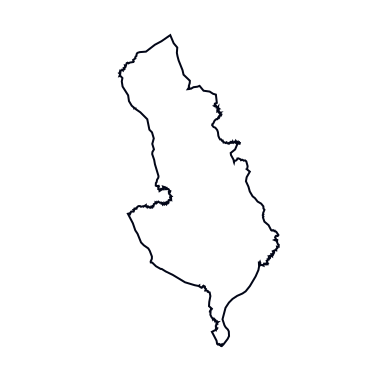 the district of Phon Sawan, Nakhon Phanom, Thailand, rotated 71°
{"feature_id": "78962969B77230188112326", "entity_name": "Phon Sawan", "entity_type": "district", "adm_level": 2, "iso_a3": "THA", "parent_name": "Thailand", "parent_adm1": "Nakhon Phanom", "projection": "orthographic", "projection_center": [104.429, 17.459], "detail": "fine", "context": "isolated", "style": "outline", "palette": "ink", "viewbox_px": 384, "rotation_deg": 71, "n_neighbors": 0, "source": "geoboundaries", "source_scale": "gbopen_adm2", "svg_char_len": 6100}
<svg xmlns="http://www.w3.org/2000/svg" viewBox="0 0 384 384"><g transform="rotate(71 192 192)"><path d="M191.7,259.7L202.3,258.1L209.8,258.1L213.7,257.1L223.1,256.6L226.7,254.9L231.1,251.7L233.9,251.1L239.9,250.9L242.1,251.7L244.2,253.7L245.2,253.9L245.8,252.6L250.5,250.2L254.5,246.7L254.9,245.7L258.6,242.7L264.2,237.1L275.1,228.0L281.0,219.8L283.0,216.4L282.8,215.6L283.6,215.9L285.4,214.4L285.2,213.7L285.6,213.8L285.6,213.0L284.7,212.3L285.3,211.5L284.8,211.3L285.6,210.6L287.2,211.0L288.2,210.4L289.5,211.5L290.2,209.9L291.0,209.2L291.6,209.5L292.7,208.0L296.4,208.5L301.6,211.5L305.5,213.1L308.9,211.2L309.3,211.7L309.0,212.3L310.4,213.1L310.4,213.7L311.0,214.1L311.6,213.6L314.1,214.6L317.3,214.2L318.2,213.4L318.8,213.6L318.8,213.1L319.4,213.3L319.2,212.8L320.0,212.6L320.3,212.2L319.9,212.0L320.7,211.6L321.3,212.3L322.2,212.2L322.3,210.6L323.3,210.7L323.5,209.9L323.9,210.9L325.0,211.0L324.9,212.1L325.9,212.4L326.5,213.2L328.9,212.9L329.1,212.5L329.6,212.9L329.8,213.6L329.3,214.0L330.4,214.4L330.1,214.7L330.7,218.7L340.6,217.2L343.6,217.7L343.8,217.2L344.5,217.2L344.6,216.1L345.1,216.3L345.8,215.6L345.6,214.5L346.4,214.6L346.2,213.8L347.2,214.4L347.4,214.1L346.3,211.8L342.5,206.1L340.3,203.9L335.8,202.6L333.7,202.9L331.0,204.2L328.7,204.7L322.3,204.6L312.4,198.0L308.6,193.1L306.3,188.5L304.9,183.1L304.4,177.3L303.4,173.6L299.8,167.9L292.5,159.3L287.4,154.6L284.2,152.8L280.4,151.7L280.7,150.9L280.3,150.5L281.3,150.5L281.7,151.1L283.5,151.0L283.4,150.3L284.5,148.9L284.0,149.0L284.2,148.0L283.7,147.6L284.0,146.9L283.3,146.9L283.7,145.5L284.7,145.2L284.9,144.4L284.4,144.5L284.3,143.8L283.4,144.4L282.9,143.5L281.4,143.8L281.0,142.4L280.3,142.3L280.7,141.3L279.2,140.8L279.9,140.5L280.0,139.9L278.2,138.7L278.2,138.2L277.7,138.9L277.7,138.0L278.5,137.4L276.7,137.2L277.4,136.0L276.8,135.8L277.0,135.3L276.1,135.0L276.2,134.2L275.5,133.9L275.3,134.7L274.3,134.9L274.0,131.8L274.5,131.3L273.2,130.8L272.8,129.6L271.3,129.4L272.0,127.9L270.1,127.2L269.3,127.8L266.9,127.9L265.1,127.0L264.7,127.5L265.3,128.5L264.2,129.7L264.1,128.6L263.0,127.9L261.9,128.2L261.0,127.3L260.8,126.7L261.5,125.3L260.8,124.3L257.0,125.3L256.1,126.6L255.5,126.4L255.1,127.4L254.4,127.8L254.6,128.9L253.8,129.6L248.3,130.4L243.6,133.2L239.2,133.2L238.6,132.5L237.5,132.8L236.7,132.5L236.5,131.8L235.2,131.7L232.4,129.3L230.9,129.8L228.8,129.2L225.5,130.4L222.4,133.1L218.3,134.5L215.8,136.1L210.3,137.2L205.3,136.9L199.4,137.5L195.8,135.5L191.6,130.7L188.2,132.8L188.1,132.3L185.7,131.0L180.7,130.7L179.4,131.5L179.2,132.9L178.0,133.7L177.9,135.3L177.1,135.3L175.3,137.2L175.1,138.2L175.9,138.7L176.6,140.3L176.4,141.8L177.7,142.6L177.3,142.6L175.0,142.2L169.8,143.1L167.7,142.7L165.8,137.4L161.3,133.4L161.1,132.8L161.9,131.3L161.2,130.8L160.7,131.6L160.2,131.4L160.0,132.5L159.4,132.4L159.7,133.4L158.1,133.9L158.7,134.3L158.5,134.8L159.4,134.9L158.7,135.4L158.9,136.8L157.8,137.0L158.6,137.5L157.6,138.3L157.9,138.7L158.3,138.5L158.3,139.0L157.3,139.5L158.0,140.5L157.7,141.1L158.3,141.5L157.4,142.8L156.3,143.1L156.6,144.3L155.7,145.0L155.5,146.1L153.4,146.2L153.4,146.9L151.8,147.3L151.5,148.3L149.6,148.7L147.5,148.8L143.9,148.0L141.6,148.0L138.8,149.0L137.5,150.5L135.4,151.2L134.5,150.7L134.3,149.8L131.8,147.3L131.0,145.2L131.4,144.3L130.5,143.3L130.9,142.6L130.6,142.2L129.9,142.7L129.0,141.6L129.2,139.9L128.5,139.7L128.1,138.9L127.5,139.0L127.8,139.1L127.2,139.6L127.4,140.2L126.5,140.3L126.2,139.4L126.0,140.2L125.5,140.1L125.4,140.6L124.1,140.3L124.2,141.9L123.3,141.6L123.5,141.0L122.8,141.0L122.5,140.1L121.8,140.7L121.2,140.1L121.4,139.6L120.7,140.0L120.1,139.7L120.5,140.3L120.2,141.1L119.7,140.8L119.0,141.3L119.3,142.3L119.0,142.0L117.9,142.9L117.9,142.2L117.2,142.1L117.3,141.5L116.3,141.9L115.9,141.6L115.8,139.5L107.7,137.7L106.0,140.1L102.8,142.6L100.0,148.1L94.1,150.3L94.2,152.6L93.4,156.5L94.0,159.3L93.5,160.3L93.8,160.7L93.4,162.5L91.8,160.5L90.9,160.6L88.3,158.7L86.1,157.8L78.3,161.8L73.7,161.3L63.3,161.8L58.9,161.5L55.5,161.0L50.6,158.9L45.4,160.9L36.6,161.5L39.5,171.8L40.7,179.2L44.3,189.8L42.7,196.0L42.7,198.3L43.5,199.4L45.3,200.3L45.5,201.1L46.3,201.9L47.2,202.0L48.0,204.7L49.6,204.6L50.0,205.1L49.4,208.5L49.7,210.1L48.8,210.7L48.9,211.8L51.2,213.5L50.6,214.2L52.2,214.4L52.5,216.1L53.7,215.7L54.1,216.6L53.7,217.9L54.3,218.0L53.8,218.4L54.1,219.9L53.8,220.3L54.7,220.9L55.0,220.5L55.9,220.9L56.0,222.1L57.2,221.5L58.8,222.9L58.9,221.9L61.6,220.7L64.6,222.4L69.7,223.3L79.8,220.9L85.5,222.0L90.8,220.9L93.5,219.3L94.2,219.5L94.6,218.1L95.5,218.1L99.8,214.9L108.6,210.6L119.2,212.0L122.6,210.4L128.9,210.7L133.6,213.9L139.3,214.1L141.3,216.4L143.2,217.3L149.2,217.3L153.7,218.0L166.1,218.5L167.5,219.2L169.1,221.1L171.2,222.3L171.7,223.2L174.2,224.2L174.8,223.7L175.3,221.5L176.1,221.5L177.0,222.6L177.7,222.4L178.2,222.9L179.0,222.1L180.5,222.4L180.1,220.8L179.3,221.0L179.0,220.4L179.6,220.0L179.2,219.0L179.9,218.9L180.1,218.4L178.8,217.6L177.5,217.6L178.1,216.8L179.1,216.7L178.8,215.9L179.7,215.4L179.8,214.6L180.4,214.5L180.9,215.6L181.6,213.3L183.5,212.9L184.1,212.2L184.6,212.6L184.1,212.9L184.8,213.3L184.5,213.9L185.2,214.1L184.7,214.5L185.6,213.9L186.3,214.2L189.2,212.9L189.0,213.8L189.8,214.4L190.6,213.7L192.5,214.2L191.9,214.6L192.4,215.1L192.0,215.3L192.3,215.6L192.1,216.6L194.5,217.7L194.8,218.4L194.2,218.5L194.6,218.8L193.9,219.2L194.6,219.5L194.4,220.3L195.0,220.5L194.4,220.9L194.6,221.5L194.0,221.3L194.2,221.8L193.6,221.7L194.3,223.5L193.8,223.4L193.3,224.3L192.8,223.8L192.8,224.7L191.9,224.7L191.6,226.0L190.1,227.0L191.0,229.1L190.2,229.2L190.5,229.6L189.9,230.0L190.9,230.5L191.0,232.0L192.5,232.7L192.4,233.4L192.8,233.5L192.5,233.8L193.0,234.4L192.7,234.8L193.3,234.9L193.0,235.2L193.5,236.1L193.3,236.6L192.7,236.5L192.4,237.7L191.5,237.9L191.2,238.6L191.6,239.1L191.0,239.1L191.0,240.0L190.1,240.3L189.4,240.0L190.0,242.5L189.6,242.6L189.3,245.1L188.4,245.7L187.9,247.3L188.5,248.9L189.7,249.9L189.0,250.9L189.5,251.4L189.1,252.0L190.0,252.7L189.9,253.1L190.8,252.9L191.5,253.6L190.7,255.8L191.6,257.2L191.9,257.0L192.4,257.5L191.9,257.6L192.2,258.5L191.8,258.6L191.7,259.7Z" fill="none" stroke="#020617" stroke-width="2"/></g></svg>